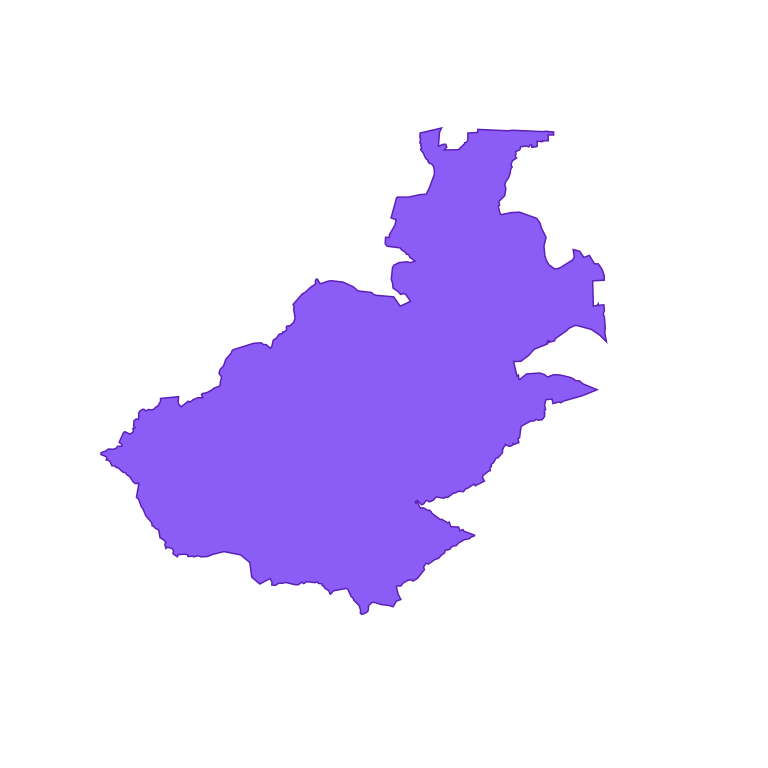 Cuautinchán, Puebla, Mexico, rotated 328°
{"feature_id": "50627088B83471115235412", "entity_name": "Cuautinchán", "entity_type": "district", "adm_level": 2, "iso_a3": "MEX", "parent_name": "Mexico", "parent_adm1": "Puebla", "projection": "mercator", "projection_center": [-98.043, 18.963], "detail": "fine", "context": "isolated", "style": "filled", "palette": "violet", "viewbox_px": 768, "rotation_deg": 328, "n_neighbors": 0, "source": "geoboundaries", "source_scale": "gbopen_adm2", "svg_char_len": 6171}
<svg xmlns="http://www.w3.org/2000/svg" viewBox="0 0 768 768"><g transform="rotate(328 384 384)"><path d="M661.4,260.1L657.0,257.1L657.0,256.5L652.1,253.9L627.3,236.8L623.2,234.9L598.5,217.8L596.7,220.3L588.1,215.6L584.9,220.7L583.2,222.3L581.6,222.7L580.3,222.1L579.5,223.0L571.2,224.7L559.1,217.5L562.8,216.3L563.4,213.5L561.5,212.2L556.2,211.2L564.4,200.0L568.5,197.4L547.6,190.3L544.9,194.3L545.0,195.4L542.2,198.5L542.7,199.8L541.4,201.3L541.1,203.9L539.6,204.1L539.3,204.7L539.7,208.9L538.9,214.9L539.8,217.6L539.2,218.6L539.4,220.8L541.1,222.9L541.3,225.1L540.6,228.1L537.9,232.8L526.0,242.0L520.4,245.4L514.9,242.5L504.1,238.6L494.4,232.6L493.4,232.7L478.0,246.9L481.4,251.1L477.4,255.1L467.8,260.2L466.2,262.5L463.1,260.4L459.4,265.6L459.6,268.8L469.8,277.1L469.9,279.2L471.9,283.8L471.8,285.9L473.6,287.3L473.0,290.3L475.5,296.3L470.8,295.0L467.7,292.2L461.0,289.0L455.4,288.5L452.9,289.8L445.6,299.2L444.7,303.0L442.5,307.4L445.0,313.3L445.5,316.8L448.5,317.7L449.9,319.2L450.3,327.9L439.0,326.6L438.4,315.2L423.8,304.2L422.1,301.4L422.0,299.8L411.2,291.2L409.6,285.6L403.1,275.7L394.3,268.7L391.4,267.2L384.1,265.6L382.9,264.6L383.1,260.0L382.2,259.1L380.6,260.1L378.6,263.1L373.6,263.0L366.2,264.4L362.1,264.4L349.2,268.3L348.7,269.6L349.0,271.0L347.3,272.1L343.5,281.1L340.1,283.8L335.2,284.8L332.3,283.4L331.3,283.9L330.2,286.3L328.8,286.7L326.9,287.0L325.9,286.2L324.4,287.2L321.6,286.2L317.0,288.0L313.2,288.2L308.9,292.6L306.4,293.4L305.1,288.3L302.5,286.5L302.2,284.7L301.0,283.6L295.0,280.4L274.3,275.0L273.1,275.1L270.6,276.9L263.0,279.2L257.3,283.7L252.6,284.9L249.8,287.4L249.9,292.2L245.9,295.9L245.0,297.7L242.8,298.6L237.7,297.4L234.3,297.9L228.6,297.3L224.9,295.8L223.5,296.3L222.9,299.6L218.8,296.9L213.3,296.1L210.4,296.7L208.8,294.8L199.9,295.9L199.2,292.8L199.8,290.2L203.1,285.9L186.8,277.8L185.4,280.2L180.4,282.9L178.0,282.6L176.2,283.4L173.1,282.9L171.0,280.9L167.7,280.5L167.0,278.2L166.0,277.6L163.1,277.5L160.8,278.5L157.3,283.6L155.1,282.4L152.6,282.6L149.1,287.5L149.8,289.2L147.2,288.8L147.1,290.6L145.3,291.9L142.0,291.9L139.0,287.2L137.6,287.0L128.5,293.1L129.6,296.3L128.6,297.8L125.0,295.6L123.5,296.5L120.2,296.1L115.8,293.1L112.0,293.3L107.6,292.3L106.6,293.9L109.8,298.2L109.8,300.0L108.1,301.1L109.8,302.7L110.6,305.1L109.8,309.2L112.4,310.8L112.6,312.8L114.3,314.4L115.7,320.1L117.7,322.4L117.8,324.5L119.3,328.1L119.4,334.0L120.2,336.5L122.0,337.7L123.0,337.5L123.4,338.5L114.0,348.9L114.8,351.7L113.1,359.7L113.4,362.1L112.2,369.7L113.5,378.4L112.2,381.4L113.1,382.2L113.7,385.3L115.6,388.4L112.6,395.6L114.7,400.0L115.2,402.8L113.2,403.7L111.9,407.9L114.1,407.8L117.2,411.3L117.1,414.1L115.3,415.7L115.2,416.5L117.1,420.9L119.2,419.7L124.3,422.4L127.2,424.7L126.3,425.9L126.7,426.7L130.4,428.4L131.0,429.8L135.6,431.2L137.0,433.5L142.7,436.7L148.7,437.8L159.4,441.3L171.9,453.0L175.6,464.3L169.5,477.7L172.7,487.8L184.3,488.6L183.9,493.0L182.3,495.0L185.1,497.2L189.4,497.2L192.3,499.2L195.6,500.3L201.8,506.7L204.8,508.8L209.2,508.5L210.2,510.8L213.6,510.6L220.2,515.9L222.5,516.3L222.8,518.4L225.6,520.7L224.8,522.2L225.5,522.8L225.6,525.9L227.6,530.0L227.0,533.0L227.6,533.2L227.5,533.9L231.5,532.6L243.7,537.4L244.5,539.1L243.5,546.6L244.2,549.2L243.9,551.6L245.5,559.0L244.1,563.9L242.6,565.4L242.9,567.4L245.9,568.4L249.5,568.3L250.9,567.3L253.6,563.7L258.2,562.9L260.5,564.5L264.7,569.5L270.7,574.3L273.6,577.7L279.6,574.7L284.1,575.7L284.6,569.9L286.9,562.8L287.8,562.0L291.2,564.2L295.0,562.9L300.4,563.2L303.5,564.5L304.1,566.5L309.3,566.6L319.8,562.9L320.6,560.2L323.9,558.5L325.1,558.6L326.2,560.3L334.1,559.8L337.6,560.7L343.0,559.4L345.8,559.4L347.8,557.5L351.4,558.9L352.8,558.9L354.3,558.0L356.8,558.1L359.7,559.4L363.2,558.3L369.6,558.6L374.6,560.5L376.9,559.9L379.7,560.7L380.7,560.2L373.9,551.4L373.8,549.3L370.6,548.5L371.5,544.8L365.0,540.4L366.2,535.7L364.3,535.4L361.4,529.5L359.8,528.6L356.0,518.7L356.4,517.8L355.6,514.9L354.2,514.4L351.9,510.0L349.1,508.3L349.6,502.0L348.0,502.0L347.8,501.1L348.9,500.3L350.5,500.4L351.9,506.4L353.9,506.7L357.9,505.2L359.2,506.0L359.7,507.7L361.7,508.4L364.3,508.6L368.4,507.4L374.2,512.6L376.5,512.7L377.9,514.0L384.5,513.3L387.4,514.3L390.0,514.3L394.4,517.4L397.7,516.1L399.6,516.7L407.3,516.6L407.4,518.7L417.8,519.5L417.8,515.9L419.3,514.1L426.5,513.3L428.2,513.8L429.2,511.4L431.4,510.8L432.3,509.0L434.9,508.9L439.8,506.3L441.5,507.0L447.6,505.2L448.5,504.7L449.1,503.1L453.0,500.5L454.0,500.6L455.0,499.4L456.7,502.8L458.8,503.9L461.0,503.9L461.9,502.8L462.4,504.1L467.3,505.2L468.7,501.3L470.5,501.4L477.4,493.0L478.6,492.6L488.2,493.1L492.0,494.9L494.0,494.4L495.7,496.5L499.3,498.1L503.3,496.4L503.6,495.2L504.9,494.2L505.2,492.3L507.6,491.2L508.7,487.5L512.8,483.1L518.5,485.8L516.9,490.2L522.9,492.0L524.0,493.6L527.2,493.6L545.8,499.0L561.7,501.8L552.8,489.3L551.3,484.8L548.3,482.9L547.2,479.6L544.9,476.5L537.9,469.5L532.8,466.0L526.3,464.7L525.1,461.1L521.9,457.2L510.2,451.0L502.1,452.1L500.9,451.6L502.7,447.7L500.9,448.0L505.8,433.6L512.1,437.3L522.3,436.3L529.8,434.1L542.8,436.5L543.1,435.8L543.7,436.4L545.2,434.8L545.1,435.9L545.9,436.3L546.8,434.9L547.5,436.5L551.3,437.8L553.7,436.3L567.8,435.5L569.9,434.8L576.4,435.4L578.7,436.7L588.7,447.5L592.9,457.1L595.0,466.1L598.3,457.7L601.4,453.6L606.4,444.0L607.1,440.7L609.7,438.7L612.4,433.3L607.4,430.9L608.2,429.5L606.1,430.3L602.8,428.9L615.6,407.1L625.8,412.7L628.2,408.7L629.7,402.4L629.4,395.7L626.2,393.6L626.3,383.7L620.6,382.6L620.3,375.1L615.7,370.2L612.8,376.8L610.0,378.7L595.2,378.8L591.0,377.8L589.6,376.6L587.1,370.5L587.3,364.9L588.5,360.2L592.9,351.6L599.1,345.6L600.2,334.9L601.6,330.3L601.3,324.5L590.0,310.1L582.6,306.0L573.4,302.6L572.7,301.5L574.4,295.9L575.3,293.6L576.8,293.6L578.2,290.0L586.1,288.3L590.8,283.0L592.1,279.0L594.6,276.9L598.6,275.3L602.2,272.6L605.5,268.8L607.6,268.0L608.0,265.2L611.4,262.7L616.2,262.6L615.9,261.6L616.7,259.4L617.9,258.8L618.8,256.7L623.4,257.3L625.7,255.2L630.7,257.6L632.5,259.7L634.1,258.8L635.4,259.0L635.8,259.6L634.7,261.4L635.4,261.9L635.4,260.9L638.2,263.4L640.0,263.5L642.5,259.3L646.9,262.5L647.4,261.8L652.2,264.8L655.1,259.8L659.8,262.7L661.4,260.1Z" fill="#8b5cf6" stroke="#5b21b6" stroke-width="1.5"/></g></svg>